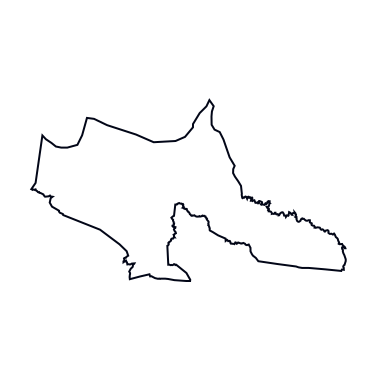 Biakoye, Volta, Ghana, rotated 96°
{"feature_id": "2480657B27736636353654", "entity_name": "Biakoye", "entity_type": "district", "adm_level": 2, "iso_a3": "GHA", "parent_name": "Ghana", "parent_adm1": "Volta", "projection": "orthographic", "projection_center": [0.354, 7.392], "detail": "fine", "context": "isolated", "style": "outline", "palette": "ink", "viewbox_px": 384, "rotation_deg": 96, "n_neighbors": 0, "source": "geoboundaries", "source_scale": "gbopen_adm2", "svg_char_len": 6037}
<svg xmlns="http://www.w3.org/2000/svg" viewBox="0 0 384 384"><g transform="rotate(96 192 192)"><path d="M254.9,35.3L254.4,35.2L253.4,34.7L253.5,32.9L251.4,33.2L251.0,33.6L250.1,33.8L248.9,33.2L248.6,32.7L244.6,31.9L242.8,32.1L238.9,33.9L237.2,35.0L235.3,35.8L234.0,35.8L232.9,36.7L231.8,37.0L231.2,36.8L231.0,36.3L231.1,35.5L232.0,34.2L231.9,33.6L231.1,34.0L230.3,34.8L229.9,35.7L228.7,36.9L228.0,37.3L228.5,39.7L228.2,40.7L227.6,40.7L227.2,40.3L226.6,40.5L225.2,41.5L223.5,42.1L222.8,42.7L221.7,44.3L219.4,45.5L218.5,46.4L219.6,47.4L218.9,49.0L219.3,50.4L218.6,51.9L218.1,52.1L216.7,52.1L216.1,52.5L215.8,53.3L216.5,55.1L217.5,55.7L217.4,56.1L215.8,57.5L215.5,58.4L216.0,59.3L215.7,60.1L214.5,60.8L214.1,61.2L214.0,63.4L214.7,65.3L214.6,66.4L213.8,66.2L212.8,67.1L212.8,68.3L212.4,69.5L211.7,69.8L210.7,69.6L209.9,71.6L207.8,71.8L207.8,72.9L208.6,74.5L208.5,75.8L207.7,77.1L207.0,77.9L207.2,79.1L206.2,78.5L206.6,78.9L207.0,80.1L207.9,80.8L209.2,81.1L210.3,82.3L210.5,82.9L210.3,83.7L209.8,84.4L208.3,85.2L207.0,85.2L206.1,86.6L205.5,85.7L204.5,86.4L203.6,86.2L202.9,86.8L202.4,86.9L201.5,87.8L202.6,87.5L202.1,88.4L202.5,89.5L203.4,90.3L204.2,89.9L204.2,90.5L202.4,92.0L201.9,93.3L202.8,93.3L204.4,93.6L205.2,93.5L205.6,93.8L205.3,95.1L207.0,96.0L205.7,96.5L205.8,97.9L203.9,98.6L202.7,99.7L203.0,100.9L204.1,102.1L206.0,102.9L206.2,103.5L205.4,103.6L205.1,104.2L205.1,104.8L205.3,105.0L205.4,105.7L204.7,106.6L203.9,106.8L204.0,107.5L205.0,107.6L205.3,109.0L205.1,109.9L205.3,110.3L204.7,110.3L203.4,111.4L203.2,111.8L203.2,113.7L202.3,113.7L202.2,114.2L201.2,113.7L200.7,113.8L200.6,114.2L200.9,114.6L199.0,116.1L198.5,114.3L196.2,113.8L195.1,113.9L194.9,113.4L194.1,114.3L194.0,113.9L193.1,113.8L193.0,114.8L193.7,115.8L194.0,115.9L194.7,115.9L195.9,116.5L196.5,117.0L196.3,117.5L195.5,117.2L195.4,117.5L195.8,118.0L197.0,118.2L197.3,118.7L196.8,120.8L197.4,121.3L197.3,121.9L197.0,122.2L195.9,121.3L195.2,121.2L194.6,121.5L193.9,123.9L194.0,124.4L194.2,124.5L195.9,124.2L196.4,125.1L195.5,126.0L196.0,126.6L196.1,127.8L193.7,129.1L194.0,130.1L194.7,130.9L194.3,131.6L194.5,132.5L193.6,132.4L192.6,131.4L191.6,131.4L191.3,131.7L191.9,132.5L192.0,133.3L191.2,133.5L191.1,134.5L191.5,134.8L190.8,135.3L190.9,135.7L191.3,136.2L192.9,136.5L191.2,137.5L190.9,138.2L191.1,138.7L192.3,139.7L192.0,140.4L192.8,141.0L192.6,141.4L189.6,142.3L188.7,142.2L180.8,143.9L176.6,147.1L172.2,150.9L168.9,153.1L164.9,153.4L161.5,152.3L153.6,158.2L136.5,166.2L129.5,170.7L127.6,176.1L123.1,179.5L114.9,180.5L109.8,180.6L104.4,179.4L98.8,184.3L105.3,186.6L112.7,192.6L124.3,198.1L127.6,197.8L137.9,204.7L143.0,213.7L146.5,235.3L140.7,253.7L134.4,283.4L129.5,297.1L129.3,304.2L147.1,307.2L157.1,310.9L160.9,320.7L161.5,326.8L161.0,332.1L157.9,336.9L154.8,342.8L151.4,346.7L199.3,348.5L206.0,352.1L206.5,350.8L206.1,350.6L206.2,349.7L206.1,349.2L206.4,348.6L205.8,347.8L206.8,347.2L207.1,346.7L207.3,346.1L208.2,345.2L208.3,344.9L208.1,344.1L208.6,343.9L208.8,343.6L208.7,342.9L209.9,339.6L210.6,339.2L210.8,338.9L211.9,338.0L212.0,337.4L211.3,334.2L210.4,332.9L211.1,332.3L211.2,331.9L211.3,330.2L212.9,331.9L217.4,332.4L221.2,329.7L224.5,322.3L225.3,322.3L226.4,321.3L227.4,318.1L228.4,317.7L239.1,279.5L251.6,258.6L257.7,250.8L262.0,248.8L263.5,250.6L264.3,250.9L264.6,252.2L265.0,252.6L265.4,252.7L266.1,252.2L267.3,252.1L268.1,252.9L268.9,252.8L268.6,252.5L268.2,251.4L267.3,250.4L268.1,250.0L268.8,249.3L270.8,248.7L270.4,247.3L270.6,246.4L270.4,245.6L269.5,244.4L269.0,241.8L269.5,242.0L270.5,243.1L272.1,243.1L272.9,243.3L274.7,244.9L277.7,246.1L279.1,245.1L280.2,245.0L281.0,245.2L282.4,245.1L282.9,245.2L285.2,244.7L281.4,234.7L278.3,225.7L280.3,224.8L280.0,223.4L280.2,223.1L281.5,219.8L281.9,216.6L281.5,215.6L281.8,214.7L281.5,214.2L281.0,209.8L281.0,206.6L281.5,200.3L281.1,188.0L280.7,184.6L279.4,184.6L273.1,189.1L266.0,200.1L266.4,200.9L265.8,201.4L265.6,202.3L266.4,203.1L266.8,203.9L266.8,204.7L266.7,205.0L267.0,205.8L266.6,207.0L266.8,208.0L248.1,210.9L247.7,210.3L246.7,209.7L245.1,210.2L244.5,209.8L244.5,209.5L244.1,209.4L243.8,208.9L242.6,207.8L241.9,207.7L241.5,207.9L240.7,207.5L240.3,206.8L240.4,206.1L240.3,205.9L239.2,205.4L238.9,205.1L238.9,204.6L238.1,205.3L237.3,205.3L236.4,205.8L235.9,205.0L235.3,204.7L234.7,203.7L233.6,204.1L232.5,205.3L231.1,206.1L230.1,205.8L229.6,204.9L228.7,204.8L228.6,205.8L228.8,206.0L228.8,206.3L228.6,207.1L228.0,207.3L228.2,207.5L227.9,207.9L227.4,207.9L226.7,206.6L225.1,206.5L225.0,206.9L223.4,207.2L222.6,207.9L221.6,207.9L220.7,209.1L219.7,209.8L218.0,208.2L217.6,207.4L206.3,207.3L206.3,206.8L206.1,206.6L206.1,206.0L205.6,205.7L205.6,205.2L204.9,204.8L204.3,203.6L204.8,202.5L204.6,201.5L205.1,200.6L204.8,199.9L205.0,199.6L205.4,199.4L205.9,199.8L206.4,199.6L206.6,199.3L207.0,199.3L207.2,199.0L207.8,199.2L208.0,198.8L208.4,199.2L208.4,198.8L208.8,198.8L208.8,198.5L209.3,198.1L209.2,197.8L209.7,197.0L209.6,196.5L209.7,196.2L209.4,196.1L209.4,195.5L210.5,195.1L211.4,194.5L211.8,193.8L212.3,193.6L212.6,192.7L214.3,191.8L214.5,191.2L215.4,190.5L215.7,189.9L215.7,189.5L215.3,189.2L215.3,188.1L214.9,187.2L215.7,186.0L216.0,184.5L215.8,183.2L215.3,182.2L215.6,182.0L215.4,181.2L215.5,180.7L214.4,179.2L214.8,178.7L214.6,178.0L214.4,177.8L214.4,177.0L214.9,176.5L215.0,176.0L215.6,176.0L216.5,174.7L216.9,174.4L217.2,174.7L218.2,174.0L219.6,172.5L220.7,172.3L221.8,172.5L222.4,172.1L223.3,172.4L224.0,171.6L225.0,171.2L225.3,170.9L225.7,171.0L226.5,170.5L227.9,170.5L228.4,170.2L229.7,167.1L232.4,161.5L234.8,153.8L237.1,153.4L235.9,152.2L236.1,151.8L237.1,150.9L236.7,149.4L236.9,149.1L237.5,149.0L237.9,148.5L238.9,148.3L239.3,147.9L239.2,146.9L239.3,145.6L239.1,144.8L239.3,144.4L237.6,143.6L237.7,143.0L238.5,142.6L238.8,142.1L238.4,141.8L238.1,141.2L237.5,141.0L237.4,140.6L238.1,138.1L237.9,137.8L238.1,137.1L237.3,135.7L237.9,133.9L238.8,133.2L239.1,131.8L238.3,130.1L241.4,128.0L244.9,127.6L247.3,126.1L248.9,124.8L250.9,121.6L253.9,118.8L254.7,99.4L255.2,80.7L255.8,78.1L256.0,74.6L255.3,67.5L255.0,51.7L254.9,35.3Z" fill="none" stroke="#020617" stroke-width="2"/></g></svg>